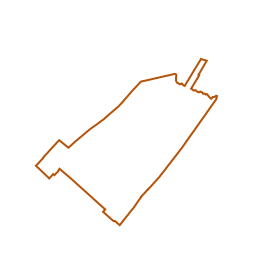 Rusetu, Buzau, Romania (Albers equal-area conic projection), rotated 23°
{"feature_id": "2599482B81543600541276", "entity_name": "Rusetu", "entity_type": "district", "adm_level": 2, "iso_a3": "ROU", "parent_name": "Romania", "parent_adm1": "Buzau", "projection": "albers", "projection_center": [27.21, 44.945], "detail": "fine", "context": "isolated", "style": "outline", "palette": "amber", "viewbox_px": 256, "rotation_deg": 23, "n_neighbors": 0, "source": "geoboundaries", "source_scale": "gbopen_adm2", "svg_char_len": 4608}
<svg xmlns="http://www.w3.org/2000/svg" viewBox="0 0 256 256"><g transform="rotate(23 128 128)"><path d="M158.7,219.4L158.7,219.2L158.8,219.1L158.9,218.7L159.0,218.4L159.2,217.4L159.7,215.5L159.9,214.8L161.4,209.5L161.8,208.4L162.1,207.3L162.3,206.3L162.4,206.0L163.1,203.2L164.4,199.0L165.1,195.6L165.8,192.1L166.5,188.8L166.8,187.9L167.1,186.6L166.8,186.3L168.6,181.6L170.1,177.3L170.2,177.1L170.2,176.8L170.2,176.7L170.3,176.4L170.6,176.5L171.0,175.2L171.7,173.2L173.1,169.2L174.6,164.7L175.3,163.0L175.9,161.1L176.1,160.6L176.5,158.8L176.9,157.3L178.0,153.4L178.6,151.2L178.9,150.0L179.0,149.3L179.4,147.8L179.6,147.2L179.9,145.8L180.5,143.7L181.0,141.8L181.6,139.3L181.7,139.1L182.1,137.9L182.2,137.2L182.8,135.0L183.8,131.2L185.5,124.7L185.8,123.3L186.1,121.8L186.5,120.0L187.0,117.3L188.2,112.0L189.3,106.9L189.7,105.1L189.8,104.9L190.7,100.5L191.8,95.6L192.1,94.0L192.6,91.8L193.8,86.5L195.1,80.3L195.4,78.9L197.3,70.2L198.0,66.9L197.9,66.5L197.4,64.2L197.4,63.8L197.3,63.7L197.2,63.7L196.9,63.8L196.5,63.9L196.2,64.3L195.3,65.7L193.8,66.4L193.2,68.6L192.8,68.6L192.4,68.5L191.9,68.2L191.2,67.9L190.7,67.7L190.3,67.5L190.1,67.4L189.7,67.2L189.1,66.9L187.9,66.1L187.7,66.0L187.4,66.0L187.2,66.0L186.7,66.5L186.3,66.9L186.1,66.8L185.6,66.5L185.4,66.4L184.9,66.5L184.6,66.6L183.9,67.1L183.6,67.0L183.3,66.7L183.1,66.5L182.7,66.3L182.5,66.2L182.3,66.2L182.1,66.2L181.7,66.4L181.4,66.4L181.0,66.2L180.5,66.1L180.0,66.5L179.6,67.1L179.4,67.4L179.3,67.5L179.1,67.5L178.8,67.4L178.5,67.4L178.2,67.4L177.8,67.5L177.2,67.5L176.8,67.4L176.2,67.1L175.8,66.9L175.6,66.8L175.3,66.8L174.9,67.0L174.3,67.6L173.8,67.8L173.6,67.9L173.3,67.8L172.4,67.4L172.0,67.3L171.6,67.3L171.3,67.3L170.9,67.2L170.7,67.1L170.8,66.9L172.3,56.0L172.4,55.3L172.5,55.3L172.5,55.2L172.7,53.8L172.9,51.6L172.1,51.5L173.4,41.5L174.2,35.3L170.9,35.7L169.0,35.9L168.7,35.9L168.2,35.9L168.2,36.0L168.1,37.2L167.2,42.9L166.8,45.7L165.5,55.0L164.6,61.0L164.3,63.0L164.0,65.1L163.7,67.2L162.8,67.1L162.1,67.0L161.2,66.6L160.7,66.2L160.3,66.1L159.9,66.1L159.6,66.3L159.2,67.2L159.1,67.3L158.4,67.6L158.0,67.5L157.7,67.4L157.2,67.2L156.9,67.1L156.5,67.2L156.0,67.3L155.6,67.2L155.0,66.7L154.3,66.3L154.0,66.0L153.8,65.8L153.5,65.2L153.4,65.0L153.4,64.8L153.0,64.0L152.7,63.3L152.6,63.0L152.5,62.8L152.4,62.4L152.3,62.1L152.2,61.9L152.1,61.5L152.0,61.2L152.0,60.9L152.0,60.6L151.9,60.4L151.6,60.0L151.3,59.9L151.1,59.9L150.3,59.8L150.1,59.8L123.8,78.8L123.2,79.2L122.9,79.4L121.9,80.1L121.0,82.2L119.1,87.5L119.0,87.8L118.8,88.3L117.5,91.7L117.3,92.5L116.1,96.1L115.3,98.7L115.0,99.4L114.7,100.7L114.4,101.4L114.3,101.7L114.1,102.3L113.8,103.2L113.6,103.8L113.4,104.5L113.3,104.8L113.2,105.1L113.1,105.4L112.9,106.0L112.8,106.3L112.7,106.7L112.5,107.1L112.4,107.4L112.4,107.5L112.3,107.9L112.2,108.0L112.1,108.3L111.9,108.9L111.7,109.3L111.6,109.6L111.5,109.9L111.5,110.1L111.3,110.5L111.1,111.0L111.0,111.4L110.4,112.7L109.8,114.0L109.2,115.1L105.2,123.2L103.8,126.1L102.3,129.3L97.4,137.6L94.5,142.2L94.4,142.4L93.9,143.2L93.5,143.9L84.4,161.7L81.6,168.0L80.9,169.4L79.7,169.1L79.4,169.0L77.0,168.3L74.5,167.6L74.2,167.5L72.7,167.1L70.8,166.5L69.5,166.1L69.4,166.1L68.7,167.9L67.0,172.7L66.2,174.8L65.6,176.5L65.3,177.5L64.7,179.2L64.3,180.2L64.1,180.9L63.6,182.5L63.4,182.9L63.3,183.2L63.2,183.5L63.1,183.8L62.7,184.9L62.6,185.2L62.4,185.6L62.1,186.5L61.9,187.0L61.8,187.3L61.7,187.6L61.6,187.9L61.8,188.0L61.8,188.3L61.6,189.2L61.3,189.7L60.8,191.1L60.7,191.5L60.4,192.4L60.1,193.0L59.9,193.8L59.7,194.1L59.6,194.6L59.5,194.8L59.4,195.2L59.2,195.5L59.0,196.2L58.8,196.7L58.6,197.1L58.5,197.3L58.4,197.7L58.3,198.0L58.2,198.3L58.0,198.7L58.8,199.0L60.1,199.5L60.9,199.8L62.1,200.2L63.3,200.7L64.9,201.3L65.1,201.3L66.1,201.7L66.7,202.0L66.9,202.0L67.1,202.1L67.3,202.2L67.6,202.3L67.8,202.4L68.3,202.6L68.9,202.8L69.9,203.2L70.5,203.4L71.5,203.8L72.0,204.0L72.4,204.1L75.2,205.2L77.1,199.7L78.7,200.2L79.8,197.0L80.2,196.4L80.4,195.9L80.7,195.0L80.7,194.4L80.5,194.0L80.8,192.9L80.9,192.3L91.4,195.6L95.1,196.8L95.5,196.9L103.3,199.6L112.9,202.9L113.8,203.2L116.1,204.0L117.6,204.5L121.8,206.0L123.5,206.6L124.9,207.1L125.0,207.1L125.7,207.3L125.9,207.4L126.2,207.5L127.4,207.9L127.8,208.1L128.7,208.4L129.9,208.8L131.2,209.3L132.0,209.5L132.5,209.7L134.3,210.2L134.6,210.3L136.6,211.1L138.2,211.6L138.7,211.8L138.8,211.8L138.7,212.3L138.4,213.0L138.3,213.5L137.8,214.9L138.8,215.2L140.3,215.7L141.2,216.1L141.8,216.3L144.6,217.2L147.8,218.3L150.8,219.2L151.2,219.3L151.5,219.3L151.6,219.1L151.7,218.9L151.8,218.9L152.5,218.7L153.9,219.2L154.7,219.5L158.3,220.7L158.6,219.8L158.7,219.4Z" fill="none" stroke="#b45309" stroke-width="2"/></g></svg>